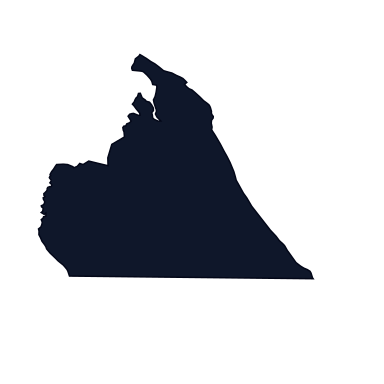 outline of Ngerdelolk, Palau, rotated 287°
{"feature_id": "81905179B51546394317477", "entity_name": "Ngerdelolk", "entity_type": "district", "adm_level": 2, "iso_a3": "PLW", "parent_name": "Palau", "parent_adm1": "", "projection": "equal_earth", "projection_center": [134.259, 7.007], "detail": "fine", "context": "isolated", "style": "filled", "palette": "ink", "viewbox_px": 384, "rotation_deg": 287, "n_neighbors": 0, "source": "geoboundaries", "source_scale": "gbopen_adm2", "svg_char_len": 2575}
<svg xmlns="http://www.w3.org/2000/svg" viewBox="0 0 384 384"><g transform="rotate(287 192 192)"><path d="M144.5,333.2L145.2,332.3L149.3,329.5L150.7,328.0L151.5,325.1L151.9,321.2L152.9,317.4L154.9,312.1L162.9,301.7L163.8,300.4L167.5,296.5L168.5,295.0L171.1,289.6L174.2,285.4L175.3,283.5L178.5,277.9L180.3,275.4L195.8,253.3L202.4,246.1L205.9,241.5L212.2,235.0L216.2,230.8L219.2,229.0L223.8,226.0L231.2,219.9L236.1,215.2L240.6,210.5L246.0,205.2L252.9,197.7L257.2,192.6L260.0,192.2L263.4,190.3L266.3,189.7L268.9,190.6L270.6,190.2L271.3,189.0L273.0,187.5L274.9,187.0L276.1,186.2L278.0,185.0L279.2,184.0L280.4,182.6L281.4,180.1L282.7,176.4L285.1,171.9L287.8,166.2L289.6,162.1L289.9,158.9L291.2,155.9L292.8,153.4L295.3,155.0L296.8,152.3L297.9,150.1L298.5,147.0L298.9,143.2L299.9,138.1L299.7,132.5L299.7,129.3L301.8,124.2L303.7,119.0L304.7,114.5L306.2,109.9L307.5,105.0L308.2,102.0L306.3,101.4L302.8,98.9L298.3,99.1L296.2,98.4L294.0,97.9L292.6,98.2L291.0,99.4L292.4,106.3L292.8,108.5L292.8,110.3L290.7,114.7L288.8,117.8L287.7,119.5L286.0,121.3L283.3,123.0L283.8,126.7L282.3,127.7L277.0,128.5L272.6,128.8L268.8,128.2L266.0,129.7L260.1,133.9L258.7,134.4L255.9,134.2L253.4,136.6L250.8,141.4L249.9,139.5L250.0,137.8L250.4,134.7L251.4,132.7L253.8,131.7L256.1,130.3L258.5,131.3L260.9,130.6L263.6,127.8L265.5,125.1L265.4,121.7L266.3,120.5L267.5,116.8L271.3,113.7L270.6,112.0L267.2,112.0L265.8,111.1L263.9,110.6L261.3,110.4L258.6,109.3L257.5,111.3L255.3,114.2L252.2,118.9L250.3,119.9L249.6,118.4L250.1,113.2L249.5,111.7L248.2,109.7L245.8,108.7L242.0,113.1L240.0,112.1L238.1,109.7L235.8,109.3L235.1,107.6L233.5,107.0L231.0,108.2L229.9,109.2L229.9,109.3L224.9,111.3L214.1,101.4L200.1,101.5L192.6,104.0L191.9,93.1L191.4,84.2L186.6,80.0L186.4,78.7L186.5,76.3L183.0,74.8L180.6,71.9L181.4,70.7L181.9,65.1L181.0,60.9L178.7,54.5L176.6,53.8L173.3,52.9L170.5,51.8L168.2,51.3L166.9,51.2L166.2,52.1L165.1,51.5L164.0,51.4L163.2,52.4L162.4,53.7L161.2,54.1L160.4,53.8L159.2,53.4L158.3,55.4L157.1,56.0L155.8,55.6L155.5,54.3L154.2,52.7L152.9,52.5L151.5,52.9L150.4,52.6L149.2,52.0L148.0,51.4L147.2,50.8L145.5,51.4L144.7,52.7L144.0,52.6L143.1,51.4L141.8,51.9L139.6,54.1L137.5,54.1L136.1,53.4L134.8,51.9L133.9,52.4L132.9,54.5L129.8,54.8L128.3,53.8L127.4,57.2L129.1,58.4L127.6,58.9L126.2,59.3L125.0,57.3L123.4,57.2L121.5,55.9L119.4,57.6L118.3,57.8L116.6,57.9L114.3,57.7L111.8,56.0L110.0,57.1L106.4,58.1L104.0,60.5L101.0,63.0L98.4,66.6L96.9,68.3L95.1,69.6L92.1,74.2L89.0,80.4L87.0,84.1L84.5,90.3L83.0,92.7L81.4,95.1L79.9,96.5L75.8,99.4L144.5,333.2Z" fill="#0f172a" stroke="#020617" stroke-width="1.5"/></g></svg>